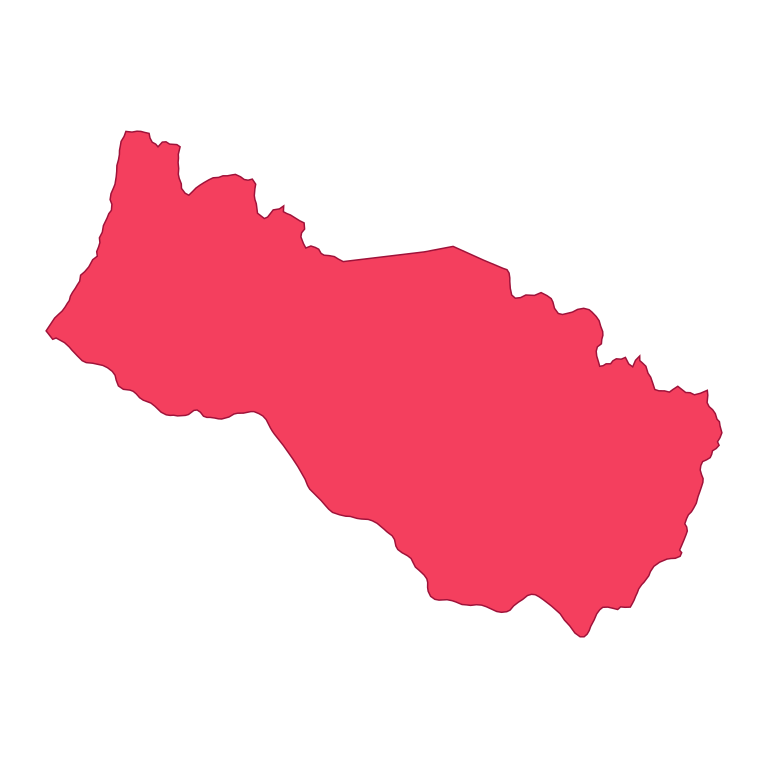 outline of Santo Antônio do Aracanguá, São Paulo, Brazil
{"feature_id": "56859067B10585150578683", "entity_name": "Santo Antônio do Aracanguá", "entity_type": "district", "adm_level": 2, "iso_a3": "BRA", "parent_name": "Brazil", "parent_adm1": "São Paulo", "projection": "robinson", "projection_center": [-50.558, -20.868], "detail": "fine", "context": "isolated", "style": "filled", "palette": "rose", "viewbox_px": 768, "rotation_deg": 0, "n_neighbors": 0, "source": "geoboundaries", "source_scale": "gbopen_adm2", "svg_char_len": 4494}
<svg xmlns="http://www.w3.org/2000/svg" viewBox="0 0 768 768"><path d="M617.7,609.5L620.6,606.9L625.0,607.3L630.3,607.1L632.3,603.6L634.1,600.1L635.6,596.3L637.3,592.7L638.7,588.9L641.7,584.6L644.1,582.1L646.4,579.0L648.8,575.8L650.4,571.6L653.9,566.3L659.6,562.2L666.9,559.1L670.9,558.5L675.3,558.3L680.1,556.3L681.7,552.7L679.6,550.1L681.6,545.5L683.8,540.3L686.0,534.8L687.3,531.0L686.7,527.0L684.8,523.8L686.6,518.6L688.4,514.8L691.4,511.8L693.5,508.4L696.3,503.2L698.0,496.7L699.8,491.7L701.5,486.7L702.9,482.3L703.1,478.6L701.6,474.8L700.2,470.0L700.8,465.6L702.6,461.6L706.6,459.8L710.2,457.6L711.7,454.3L712.5,450.8L716.2,448.5L719.1,445.3L717.5,441.8L720.0,437.7L721.9,432.8L720.0,425.8L719.4,421.7L717.0,419.2L715.3,413.6L712.7,409.8L709.1,406.6L707.1,402.6L707.8,395.3L707.3,390.3L700.3,393.3L694.4,394.8L690.2,392.7L685.7,392.5L677.8,386.3L672.9,389.5L669.4,392.1L664.6,390.9L658.9,390.8L654.8,389.5L652.8,383.3L650.7,377.2L648.0,373.2L645.9,366.3L642.6,363.1L639.8,360.6L639.7,356.0L635.5,360.3L632.7,366.8L628.7,363.9L625.4,357.4L621.2,359.2L616.3,358.8L612.9,360.8L610.6,363.8L606.1,363.8L603.1,365.7L599.7,366.3L598.7,362.6L596.7,356.0L596.2,351.2L597.4,346.8L601.4,343.8L601.8,339.3L602.9,335.3L602.7,331.5L600.7,326.3L599.1,320.7L596.2,316.5L592.0,312.1L589.1,309.7L583.7,308.3L577.6,309.4L572.4,312.1L566.7,313.5L562.5,314.5L558.3,313.5L554.5,308.3L552.9,302.0L551.2,298.6L547.0,295.6L541.1,292.6L534.5,295.4L525.8,295.0L520.6,297.6L515.3,298.2L511.7,295.0L510.3,288.4L509.8,281.6L509.8,277.9L509.1,273.1L507.0,269.7L503.2,268.4L483.9,260.3L453.1,246.4L424.2,251.9L343.2,261.6L338.4,259.1L334.4,256.6L329.1,255.6L324.1,255.2L321.1,253.4L318.7,249.2L315.2,247.4L310.9,246.0L305.8,248.0L303.5,243.7L300.9,236.9L301.6,232.8L304.6,229.1L304.1,222.9L299.6,220.7L290.5,215.0L286.7,213.5L283.4,211.7L283.7,205.9L279.4,208.9L273.2,209.9L267.6,217.1L264.3,218.5L257.5,213.2L256.3,203.7L254.9,199.5L254.3,195.6L254.9,188.8L255.7,184.2L252.3,179.1L248.1,180.2L244.2,179.5L240.6,176.8L235.4,174.4L232.1,174.9L227.4,175.8L223.0,175.8L218.7,177.4L213.1,177.8L208.9,179.8L204.0,182.6L199.9,185.2L196.0,188.0L192.8,191.3L188.8,195.2L185.1,193.2L181.5,188.4L181.3,183.8L179.2,178.4L178.3,174.2L178.7,168.5L178.1,162.5L178.5,158.1L178.3,154.3L180.1,146.8L176.9,144.6L169.6,144.1L166.0,141.8L162.3,142.1L158.0,146.8L155.7,144.1L152.2,142.2L150.0,138.0L149.1,133.4L144.6,132.4L140.9,131.4L136.9,131.2L132.0,132.1L125.9,131.4L124.1,136.4L121.1,141.4L120.3,146.1L119.5,150.3L119.4,154.7L118.5,159.7L116.9,165.5L116.7,171.5L116.2,176.8L115.0,184.2L113.6,187.7L111.0,193.7L110.1,199.6L111.9,204.3L111.4,210.3L108.8,213.7L107.0,218.2L103.4,225.6L102.3,232.2L99.4,237.8L99.9,242.6L98.6,246.9L96.7,251.6L97.3,256.2L92.7,259.7L88.8,266.9L84.7,271.7L80.6,275.2L79.7,281.2L77.3,284.9L75.3,288.3L72.5,292.4L70.4,296.2L69.3,300.6L67.3,303.4L65.0,307.2L62.1,311.1L58.9,314.0L54.6,318.1L46.1,330.9L52.7,339.3L56.1,338.0L64.5,342.6L69.3,347.0L71.8,350.0L77.3,355.8L82.2,360.7L86.2,362.6L92.6,363.2L102.8,365.4L107.5,367.7L112.3,371.4L115.1,375.3L116.2,380.1L118.4,385.9L123.3,389.3L130.0,390.1L133.2,391.3L136.3,393.9L139.6,397.7L143.3,400.2L150.8,403.0L154.9,406.2L161.1,412.2L166.2,414.8L170.1,415.4L173.5,415.2L177.5,415.9L185.4,415.4L188.5,414.5L193.9,410.4L197.1,410.0L200.4,412.2L203.5,416.2L206.9,417.4L210.2,417.4L214.6,418.0L218.3,418.8L221.7,419.0L229.0,417.0L234.0,414.0L237.6,413.2L243.5,413.1L250.8,411.6L254.0,411.6L258.9,413.6L262.8,415.9L266.2,419.6L270.4,427.9L272.3,431.1L274.4,434.1L283.4,445.5L292.5,458.4L297.9,466.6L305.1,479.2L307.6,485.5L309.7,489.1L321.2,500.6L325.5,505.6L328.8,509.3L332.5,512.4L339.6,514.8L345.7,516.2L350.2,516.4L353.6,517.4L357.1,518.4L361.3,519.0L368.2,519.4L372.4,520.8L377.1,523.3L384.1,529.2L386.7,531.6L389.4,533.7L392.1,535.7L394.5,539.5L395.9,546.1L397.8,549.5L402.0,552.7L407.5,555.7L411.1,558.5L413.3,563.0L415.4,567.1L419.0,570.2L424.1,575.0L426.8,578.8L427.7,582.5L427.6,587.5L428.2,591.4L430.6,596.3L434.8,599.3L439.0,600.1L447.1,599.7L452.2,600.7L455.7,601.9L462.0,604.5L466.7,604.9L470.6,605.4L476.4,604.7L481.6,605.1L486.3,606.7L496.7,611.5L501.5,612.3L506.8,611.7L510.1,610.1L513.6,605.9L518.5,602.1L522.6,599.5L527.5,595.5L531.5,594.3L535.3,594.7L539.0,596.7L543.3,599.7L548.5,603.7L551.8,606.3L560.1,613.7L564.5,620.2L569.7,625.8L574.9,633.0L580.1,636.8L584.1,636.8L587.1,634.2L589.2,630.6L590.7,626.4L594.2,619.8L596.7,613.9L599.8,609.7L602.8,607.3L607.8,607.1L613.0,608.3L617.7,609.5Z" fill="#f43f5e" stroke="#9f1239" stroke-width="1.5"/></svg>